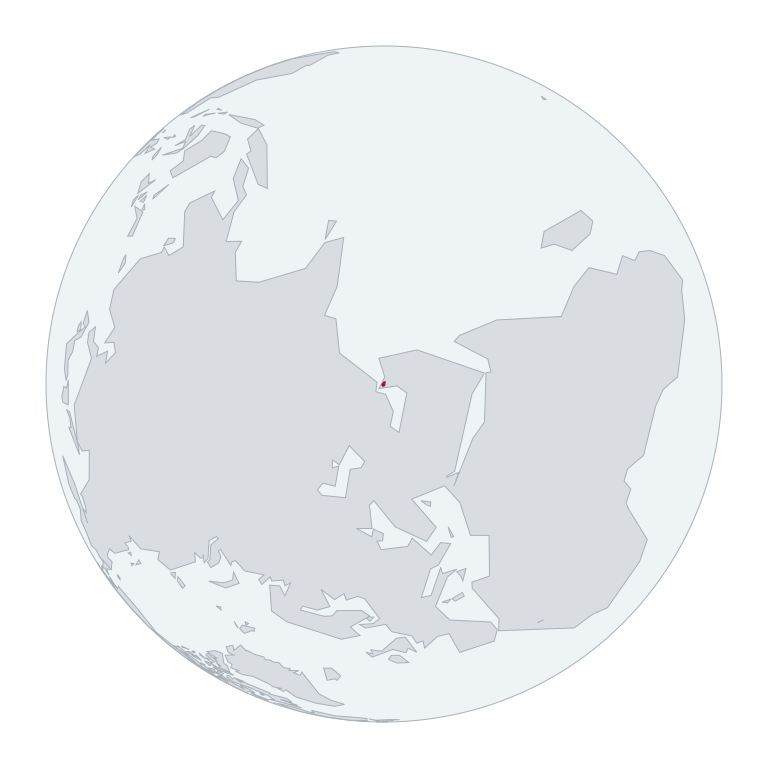 globe centered on Fujayrah, rotated 218°
{"feature_id": "ARE-341", "entity_name": "Fujayrah", "entity_type": "Emirate", "adm_level": 1, "iso_a3": "ARE", "parent_name": "United Arab Emirates", "parent_adm1": "", "projection": "orthographic", "projection_center": [56.162, 25.265], "detail": "fine", "context": "on_globe", "style": "filled", "palette": "rose", "viewbox_px": 768, "rotation_deg": 218, "n_neighbors": 0, "source": "natural_earth", "source_scale": "10m", "svg_char_len": 11368}
<svg xmlns="http://www.w3.org/2000/svg" viewBox="0 0 768 768"><g transform="rotate(218 384 384)"><circle cx="384" cy="384" r="338" fill="#eef3f6" stroke="#a8b0b8"/><path d="M491.8,63.7L489.6,63.1L494.3,64.8L489.7,63.7L473.8,58.9L470.5,58.4L479.9,61.4L481.2,63.0L467.9,58.5L468.9,61.0L442.4,55.7L410.7,48.2L392.5,47.9L350.5,48.3L350.8,48.8L335.1,50.6L329.6,52.2L323.3,52.8L324.4,53.8L331.1,53.1L333.8,53.5L331.2,54.6L322.8,55.2L322.9,54.7L319.0,55.5L316.0,55.5L316.0,56.2L306.1,57.3L311.9,58.1L300.8,60.7L295.3,61.1L301.1,58.5L302.6,56.0L326.1,51.1L349.9,47.8L373.8,46.2L397.8,46.4L421.7,48.2L445.4,51.7L468.8,56.9L491.8,63.7ZM247.5,74.9L247.1,75.1L259.5,70.1L260.9,69.9L271.6,66.6L264.2,70.2L251.3,75.8L242.0,79.0L236.1,82.0L240.3,82.0L218.6,92.2L196.5,106.9L191.5,109.8L190.1,108.4L201.8,99.5L201.3,99.7L223.9,86.4L247.5,74.9ZM196.2,103.1L195.3,103.7L187.5,109.1L196.2,103.1ZM177.8,116.3L175.7,118.0L178.1,116.3L172.7,120.5L173.5,119.7L177.8,116.3ZM495.7,65.3L498.7,66.3L499.8,66.9L495.7,65.3ZM274.9,65.0L273.2,65.8L272.1,66.0L274.9,65.0ZM281.1,63.1L280.9,62.8L283.9,61.8L283.9,62.1L281.1,63.1ZM493.9,66.0L494.8,67.1L491.1,65.0L493.9,66.0ZM280.6,63.8L289.1,60.3L294.2,58.8L298.6,58.7L280.6,63.8ZM493.5,67.2L495.9,71.0L502.7,73.1L484.8,69.9L488.7,67.3L483.1,64.1L489.5,66.5L493.5,67.2ZM334.4,52.4L327.1,53.2L335.6,51.6L334.4,52.4ZM339.2,51.4L361.4,47.7L370.9,47.8L361.5,48.7L375.7,48.6L369.4,50.3L360.2,50.8L355.3,50.2L356.6,51.5L339.2,51.4ZM474.4,68.1L472.7,68.6L471.5,67.2L474.4,68.1ZM335.5,53.5L339.2,52.5L347.7,52.4L341.9,54.5L341.0,53.8L335.5,53.5ZM382.6,48.0L387.8,48.7L384.2,50.2L385.7,50.8L370.1,50.4L382.6,48.0ZM337.8,54.4L338.7,55.7L332.4,56.9L332.5,54.6L337.8,54.4ZM352.3,51.6L356.0,51.8L352.1,52.3L352.3,51.6ZM310.3,63.3L314.5,61.4L319.3,61.1L310.3,63.3ZM339.5,56.1L341.7,55.7L344.1,55.5L343.4,56.7L339.5,56.1ZM368.6,51.8L365.9,52.5L374.8,51.9L372.4,53.5L362.4,53.2L365.7,54.0L365.0,54.6L357.6,53.8L368.6,51.8ZM349.8,57.5L336.3,58.5L327.4,61.7L322.9,61.9L337.9,56.8L349.8,57.5ZM355.0,55.3L350.8,56.6L347.3,55.9L348.1,54.6L355.0,55.3ZM374.4,54.9L380.6,52.5L382.6,52.7L374.4,54.9ZM347.9,58.5L351.2,58.3L347.7,58.8L347.9,58.5ZM367.0,56.0L369.0,55.0L371.2,55.2L367.0,56.0ZM356.2,59.0L351.9,59.1L352.2,58.1L356.2,59.0ZM361.7,57.7L364.3,58.3L355.0,57.6L362.2,57.1L361.7,57.7ZM368.8,56.4L370.7,56.2L367.6,56.8L368.8,56.4ZM357.2,63.2L345.5,62.7L346.4,60.2L357.7,61.0L357.2,63.2ZM73.2,401.4L70.2,345.2L78.0,330.7L83.9,308.9L141.7,260.2L148.9,269.9L188.7,277.3L192.7,282.0L182.6,297.6L208.0,329.4L222.7,318.0L251.2,337.3L273.6,341.1L291.3,310.3L254.6,303.2L253.6,286.2L287.3,278.3L320.2,285.8L320.9,279.6L304.6,262.7L316.8,253.1L299.5,256.1L303.1,263.2L292.4,265.7L288.5,259.5L292.9,256.1L284.3,251.6L265.3,270.6L266.9,279.9L241.5,278.3L241.7,294.0L233.2,299.2L229.7,274.7L233.5,267.0L223.1,238.7L216.7,246.4L226.2,274.1L221.1,270.7L212.6,282.9L215.2,271.0L206.5,240.3L186.7,238.6L153.4,262.2L143.5,260.2L138.9,249.3L159.1,219.1L179.0,227.3L186.4,218.1L189.3,201.0L195.1,205.4L198.7,199.9L206.9,202.7L225.3,193.6L234.6,195.6L248.5,180.2L255.1,179.5L245.0,188.5L243.0,196.4L267.1,202.9L273.7,200.6L280.7,190.5L286.4,194.2L290.2,183.6L307.2,183.4L289.6,175.3L297.4,164.8L311.3,158.9L310.7,154.4L288.1,164.1L281.9,169.6L281.7,176.3L262.2,191.7L252.5,192.3L260.9,171.8L248.1,171.0L260.3,156.7L313.9,136.9L332.8,135.8L350.2,155.1L342.0,160.7L331.7,156.1L335.1,169.7L337.8,164.0L342.5,167.6L351.2,159.6L355.0,161.9L356.8,150.9L362.4,152.8L361.2,159.7L378.8,150.9L392.2,153.4L394.4,150.4L392.9,146.6L411.0,153.0L411.8,150.7L406.2,147.6L404.1,141.1L407.5,132.6L413.5,135.2L413.1,138.6L421.4,150.5L419.4,160.1L422.2,160.4L425.4,152.8L415.3,138.2L415.6,132.4L421.7,138.5L419.5,135.8L421.6,133.8L429.3,134.6L423.2,127.8L437.7,105.9L454.0,106.4L457.8,113.5L474.3,104.3L491.5,107.6L486.3,104.4L490.6,99.2L485.3,98.0L483.2,96.2L492.0,84.8L498.8,85.0L496.7,78.5L494.0,77.1L488.9,76.5L484.8,69.9L502.7,73.1L507.9,75.8L515.6,76.8L526.3,83.4L538.7,90.0L545.9,98.1L555.1,103.4L557.1,103.3L571.0,111.3L593.0,129.7L566.5,115.0L531.9,91.9L545.3,100.8L539.6,99.2L542.8,103.0L552.5,109.8L555.2,110.2L557.4,127.1L575.5,150.4L580.5,145.4L590.2,149.8L615.2,176.8L630.2,224.0L643.2,234.2L648.3,243.0L646.6,251.5L639.1,238.7L631.5,236.9L627.5,229.0L622.1,239.7L616.2,228.9L614.9,243.5L622.5,250.6L629.4,244.4L630.9,262.8L646.2,273.9L655.0,292.1L653.1,332.7L640.5,350.3L641.3,356.7L632.6,352.8L626.6,368.5L647.1,397.1L648.4,407.1L636.2,431.9L634.9,424.7L612.1,414.2L611.7,438.9L629.2,452.9L635.3,473.5L623.6,470.7L616.9,452.8L608.8,448.4L608.2,427.4L596.1,399.1L584.1,408.8L582.3,396.2L563.9,374.3L545.1,387.3L517.0,426.8L517.6,459.0L506.0,474.7L481.0,432.1L473.2,401.5L462.0,405.7L438.1,381.0L390.6,381.2L385.7,372.9L376.4,376.8L359.8,368.2L353.2,354.5L342.3,355.0L360.5,391.0L372.4,390.6L385.1,377.3L387.7,390.0L403.9,401.1L379.0,431.2L311.6,454.4L308.4,430.1L274.6,358.7L277.5,351.4L277.5,350.5L277.3,348.9L270.7,360.4L266.0,346.4L280.5,395.7L281.4,415.9L310.6,455.8L307.1,459.2L317.5,467.6L354.9,460.8L354.4,468.8L334.6,503.8L285.8,546.4L294.3,577.5L294.1,601.9L268.1,613.8L275.0,632.0L262.2,635.7L264.4,645.2L256.7,652.9L242.2,657.9L212.6,649.8L207.2,641.2L186.8,620.1L157.0,570.2L160.6,551.7L156.4,533.9L135.5,487.6L139.8,467.0L135.1,455.4L124.9,453.2L119.9,439.2L114.1,436.0L80.8,423.5L73.2,401.4ZM116.1,290.3L113.1,296.4L113.1,296.5L116.1,290.3ZM351.5,311.1L373.5,314.0L369.5,292.9L377.7,292.6L373.3,285.9L369.1,291.4L359.5,273.3L371.1,268.3L371.4,259.5L364.1,258.2L344.4,270.7L358.1,296.0L350.5,303.9L351.5,311.1ZM182.4,112.8L178.7,115.6L179.6,114.9L182.4,112.8ZM173.6,122.5L165.0,129.2L171.1,124.0L169.2,124.7L179.7,115.5L189.6,110.8L183.2,114.2L173.6,122.5ZM196.4,103.2L188.6,108.7L196.7,102.9L196.4,103.2ZM210.8,169.8L211.3,174.5L204.8,179.8L193.0,179.8L202.2,171.9L210.8,169.8ZM213.5,180.4L225.2,161.5L233.0,161.5L226.6,164.5L230.6,166.5L221.4,172.0L217.5,191.5L211.5,197.6L193.0,192.8L202.3,190.6L201.3,185.7L213.5,180.4ZM241.2,121.4L246.4,115.5L256.6,122.9L250.6,127.7L238.5,127.4L238.4,121.6L241.2,121.4ZM286.7,65.2L288.1,64.1L290.4,63.7L291.2,64.3L286.7,65.2ZM311.9,62.4L283.4,70.3L283.5,69.2L266.8,76.4L260.4,76.5L271.5,71.6L254.0,77.7L261.5,73.4L249.6,78.1L274.9,67.3L280.9,64.4L276.7,67.4L282.3,67.2L286.6,66.3L303.1,61.9L318.8,56.6L326.9,56.3L328.5,57.6L326.0,58.8L321.5,58.4L321.3,60.4L312.9,60.8L311.9,62.4ZM342.3,85.0L338.2,81.9L336.4,90.0L328.0,88.8L328.3,89.8L320.1,91.1L310.6,94.9L307.6,93.7L305.2,95.7L299.7,97.0L295.4,99.6L288.5,98.7L282.7,101.9L282.7,99.7L274.6,105.6L277.5,100.9L270.7,102.8L271.4,106.4L244.4,99.8L230.8,102.2L217.9,107.2L224.6,99.6L241.1,90.6L261.0,83.1L273.1,82.5L274.0,79.7L280.0,78.8L276.8,81.3L285.4,76.9L289.5,77.0L307.3,73.0L317.1,67.6L323.8,66.5L322.0,68.7L330.0,66.0L331.2,69.6L336.0,69.0L342.1,72.5L335.8,77.8L341.7,76.8L346.6,79.9L342.3,85.0ZM358.6,64.3L353.1,69.8L345.7,72.2L338.3,65.4L333.7,65.5L328.7,62.2L339.4,59.0L339.8,60.2L342.8,60.6L338.2,61.4L344.1,61.1L344.9,62.9L349.6,63.3L346.5,64.9L358.6,64.3ZM200.7,277.5L204.5,279.6L211.1,280.9L205.8,289.0L200.7,277.5ZM194.3,256.6L198.2,256.7L194.0,267.9L190.1,266.2L194.3,256.6ZM204.0,247.8L198.8,255.9L199.3,250.5L204.0,247.8ZM249.0,188.4L253.6,188.4L252.7,190.9L248.5,194.0L249.0,188.4ZM335.4,112.0L334.2,109.1L336.4,108.3L340.5,101.5L347.1,102.3L347.2,106.8L335.4,112.0ZM283.0,314.7L274.5,319.8L272.0,316.1L275.4,315.1L283.0,314.7ZM236.7,304.5L245.6,311.0L235.2,306.6L236.7,304.5ZM343.3,111.8L344.2,108.7L346.9,111.1L343.3,111.8ZM352.1,102.7L355.9,104.8L348.4,101.7L352.1,102.7ZM433.4,706.3L437.3,707.6L431.5,708.2L433.4,706.3ZM351.7,602.7L335.7,642.0L319.7,640.9L314.0,629.1L318.1,604.9L335.9,599.1L343.9,587.8L351.7,602.7ZM680.4,499.7L684.7,497.8L684.3,499.3L680.4,499.7ZM676.1,498.3L681.5,495.1L674.7,501.9L676.1,498.3ZM683.5,493.8L689.0,487.3L691.4,483.4L690.6,486.6L683.5,493.8ZM672.2,500.8L648.3,513.0L638.0,514.0L641.1,507.8L657.7,501.4L672.2,500.8ZM640.2,508.0L623.6,500.4L596.3,466.2L606.2,463.9L633.8,480.6L632.2,485.6L642.3,493.0L640.2,508.0ZM677.7,463.2L675.9,477.4L663.3,483.2L657.2,484.2L653.1,469.0L655.5,459.0L660.7,456.8L677.3,416.6L683.8,420.3L679.5,436.2L684.6,445.0L677.7,463.2ZM519.4,461.7L528.4,478.9L521.7,483.1L519.4,461.7ZM681.4,391.2L676.4,408.7L680.1,387.2L681.4,391.2ZM681.9,372.3L683.6,378.7L679.8,374.0L681.9,372.3ZM643.6,366.1L638.2,370.3L636.8,365.6L642.8,357.5L643.6,366.1ZM661.6,307.8L666.4,321.8L667.1,327.1L662.3,319.9L661.6,307.8ZM400.7,120.8L387.7,128.8L382.7,136.4L386.7,143.1L375.4,137.7L383.2,125.8L400.7,120.8ZM432.5,107.1L428.9,102.2L434.1,102.8L435.6,104.0L432.5,107.1ZM427.7,105.3L416.5,102.6L416.9,98.8L425.7,101.7L427.7,105.3ZM379.6,105.7L375.3,107.8L373.2,105.6L379.6,105.7ZM656.6,583.7L627.9,615.2L623.2,617.4L630.7,608.5L639.0,588.7L641.1,587.8L647.6,572.3L671.6,545.0L690.9,508.0L696.9,502.6L706.0,476.7L710.0,470.5L704.8,488.9L704.8,490.3L695.5,515.0L684.3,538.9L671.3,561.8L656.6,583.7ZM690.8,493.1L697.7,478.1L700.4,474.7L690.8,493.1ZM716.6,443.6L714.6,449.9L716.3,441.6L717.0,433.3L712.2,438.7L711.2,434.3L713.7,426.9L709.4,427.9L714.3,418.6L715.5,428.7L717.9,414.9L720.2,410.8L721.0,408.7L716.6,443.6ZM712.6,446.6L713.3,445.5L712.2,450.3L712.6,446.6ZM702.7,447.9L702.3,451.7L700.7,450.6L702.7,447.9ZM704.9,443.7L709.2,442.6L704.3,447.2L704.9,443.7ZM687.8,445.9L689.6,453.0L695.5,443.2L690.9,454.3L694.0,465.1L692.3,471.3L689.5,459.3L687.0,475.8L684.3,477.4L683.7,465.2L686.8,447.2L689.5,438.6L699.5,427.9L687.8,445.9ZM705.2,433.5L703.9,425.0L704.7,417.5L706.3,421.3L705.2,433.5ZM698.5,405.2L693.2,397.1L689.7,404.5L695.4,382.6L699.8,393.8L698.5,405.2ZM691.9,383.0L688.8,389.8L691.1,377.7L691.9,383.0ZM687.2,386.7L685.4,379.1L688.6,377.9L687.2,386.7ZM693.8,381.9L692.1,368.0L694.9,374.7L693.8,381.9ZM680.5,362.3L689.7,370.6L680.0,371.2L673.4,345.8L677.0,342.6L680.5,362.3ZM660.9,246.5L656.5,240.2L658.0,236.3L660.6,241.7L660.9,246.5ZM658.9,220.3L657.0,233.3L654.7,245.0L658.3,246.4L663.1,259.4L654.5,251.0L651.7,234.3L654.4,227.8L649.2,217.6L647.7,208.2L639.2,197.3L636.7,191.0L645.2,199.3L658.9,220.3ZM635.3,192.9L620.0,173.2L625.5,171.8L630.1,175.7L634.8,185.1L631.6,185.3L635.3,192.9ZM617.9,168.3L614.7,168.5L585.3,145.7L580.5,140.8L605.7,155.9L604.0,157.2L610.3,163.5L617.9,168.3ZM476.3,69.7L473.0,68.7L476.2,69.0L476.3,69.7ZM480.1,95.7L477.7,93.3L481.5,93.3L480.1,95.7ZM473.1,87.0L470.5,88.6L470.7,85.7L473.1,87.0ZM465.1,92.8L468.2,88.7L468.9,94.3L465.1,92.8Z" fill="#d9dde1" stroke="#a8b0b8" stroke-width="1"/><path d="M384.5,383.6L384.4,383.7L384.2,383.7L383.9,383.6L383.9,383.8L384.0,383.8L383.9,384.0L383.8,384.3L383.7,384.3L383.6,384.2L383.5,384.3L383.4,384.3L383.3,384.2L383.1,384.2L383.0,383.9L383.2,383.7L383.1,383.3L383.3,383.4L383.3,383.5L383.6,383.5L383.8,383.4L383.9,383.2L383.7,383.2L383.8,382.9L383.8,382.7L383.7,382.6L383.4,382.7L383.2,382.7L383.0,382.3L383.0,382.2L383.3,382.0L383.4,381.9L383.5,381.8L383.9,381.7L384.0,381.7L384.1,381.8L384.3,381.9L384.6,381.9L384.9,382.0L385.0,382.1L385.1,382.5L385.1,383.0L384.8,383.3L384.6,383.4L384.6,383.5L384.5,383.6ZM384.4,384.3L384.5,384.3L384.6,384.2L384.8,384.1L385.0,384.0L385.0,383.8L385.2,383.7L385.2,383.8L385.1,384.1L385.1,384.3L385.1,385.2L384.8,385.1L384.7,385.1L384.7,385.3L384.8,385.4L384.8,385.5L384.7,385.6L384.6,385.8L384.5,385.7L384.1,385.3L384.0,385.2L384.0,384.6L384.0,384.3L384.2,384.2L384.2,384.3L384.3,384.3L384.4,384.3ZM384.8,386.1L384.6,386.3L384.5,386.2L384.8,386.1L384.8,386.1Z" fill="#f43f5e" stroke="#9f1239" stroke-width="1.5"/></g></svg>